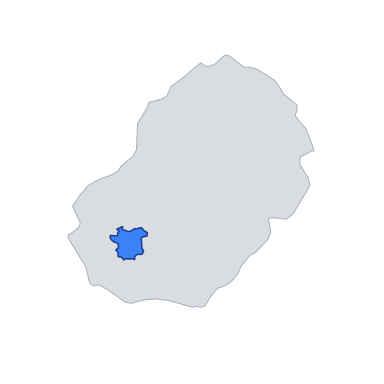 North Macedonia, with Radoviš highlighted, rotated 145°
{"feature_id": "MKD-2905", "entity_name": "Radoviš", "entity_type": "Statistical Region", "adm_level": 1, "iso_a3": "MKD", "parent_name": "North Macedonia", "parent_adm1": "", "projection": "natural_earth1", "projection_center": [22.489, 41.639], "detail": "fine", "context": "in_parent", "style": "filled", "palette": "blue", "viewbox_px": 384, "rotation_deg": 145, "n_neighbors": 0, "source": "natural_earth", "source_scale": "10m", "svg_char_len": 2806}
<svg xmlns="http://www.w3.org/2000/svg" viewBox="0 0 384 384"><g transform="rotate(145 192 192)"><path d="M174.9,106.1L180.8,106.8L193.6,103.4L201.6,98.6L205.6,97.9L211.0,96.1L218.8,96.4L226.7,98.4L236.7,95.7L246.6,91.3L250.5,92.4L254.8,96.2L257.6,97.2L273.9,117.1L282.9,125.1L293.4,131.2L305.5,135.6L309.8,139.9L317.5,161.1L321.2,169.1L326.3,171.5L327.5,173.8L327.8,176.8L322.0,191.7L319.8,225.0L318.3,227.7L312.3,227.5L304.3,228.3L301.2,230.8L298.0,248.8L285.1,253.9L273.4,256.8L263.6,256.1L246.2,251.9L240.5,251.4L235.7,253.8L220.2,255.1L213.4,258.3L197.4,279.2L181.2,286.5L175.7,290.1L163.3,285.5L157.4,285.0L148.8,290.4L130.0,290.9L125.0,291.9L110.5,292.7L109.9,289.8L107.3,285.6L100.5,283.6L86.8,285.3L83.4,282.2L77.9,264.4L73.5,261.5L68.5,255.5L60.3,236.2L60.1,227.7L60.8,220.3L56.2,203.0L59.1,198.6L63.5,195.8L63.6,188.8L62.4,178.2L67.7,157.4L69.1,155.9L70.4,156.9L82.7,158.6L85.9,155.9L88.0,151.8L88.7,136.6L91.7,129.6L121.6,116.2L130.4,115.7L137.1,121.9L142.4,125.8L145.6,125.7L146.8,121.7L150.4,114.1L156.5,109.8L174.7,106.0L174.9,106.1Z" fill="#d9dde1" stroke="#a8b0b8" stroke-width="1"/><path d="M263.6,177.4L264.0,176.6L264.8,175.8L265.2,174.7L265.4,173.4L265.4,171.6L266.5,170.8L267.7,170.0L268.4,169.7L268.5,169.7L269.4,170.0L270.2,170.5L270.9,171.4L271.3,171.7L272.3,172.1L273.5,172.1L274.6,172.1L276.1,171.7L276.7,171.2L276.9,170.5L277.2,169.9L277.6,169.8L277.9,169.8L278.3,170.2L278.6,170.8L278.9,171.5L279.5,171.9L280.4,172.2L281.3,172.6L282.0,173.3L282.7,174.0L283.8,174.8L285.2,175.4L286.0,175.4L286.8,175.5L286.9,176.5L287.0,177.8L287.4,179.6L288.1,180.2L288.9,180.6L289.4,181.2L289.4,181.9L288.8,182.6L287.9,184.2L287.3,185.0L287.2,185.9L287.4,187.0L287.8,187.9L287.5,188.2L286.4,188.4L285.1,188.4L284.4,188.6L284.0,188.9L283.2,190.4L282.6,191.2L282.3,192.1L282.4,192.9L283.0,193.8L283.9,195.1L284.6,195.5L284.8,196.4L284.9,197.4L285.3,198.1L285.4,199.0L285.4,200.0L285.3,201.3L284.7,202.2L284.3,202.8L283.9,203.1L283.3,203.0L282.2,202.0L281.2,201.1L280.1,200.1L278.5,199.2L277.9,199.2L277.4,199.4L276.8,200.7L275.8,201.4L275.1,201.6L274.5,201.6L274.1,201.9L274.1,202.4L274.3,202.7L274.6,203.3L274.8,203.8L274.8,204.5L274.5,204.8L273.8,204.5L271.8,204.0L270.5,204.0L269.5,203.8L268.9,203.3L269.0,202.6L269.5,202.4L270.0,202.0L270.3,201.4L270.3,200.6L269.8,200.0L268.8,199.0L267.9,197.4L266.4,195.9L265.5,195.2L264.0,195.1L261.9,195.0L260.7,194.9L259.9,194.8L259.0,194.1L258.1,193.3L257.1,193.1L256.4,193.1L255.4,192.6L255.0,192.5L254.1,191.9L253.6,191.0L253.6,190.0L253.6,188.6L253.4,187.5L253.0,187.0L252.3,185.4L252.0,184.4L252.3,183.6L253.3,182.7L254.1,181.9L254.7,181.8L255.6,182.3L256.1,182.7L257.1,183.0L258.3,183.4L259.4,183.5L260.2,183.4L260.7,182.4L261.0,181.6L261.8,180.1L262.8,178.8L263.4,177.8L263.6,177.4Z" fill="#3b82f6" stroke="#1e3a8a" stroke-width="1.5"/></g></svg>